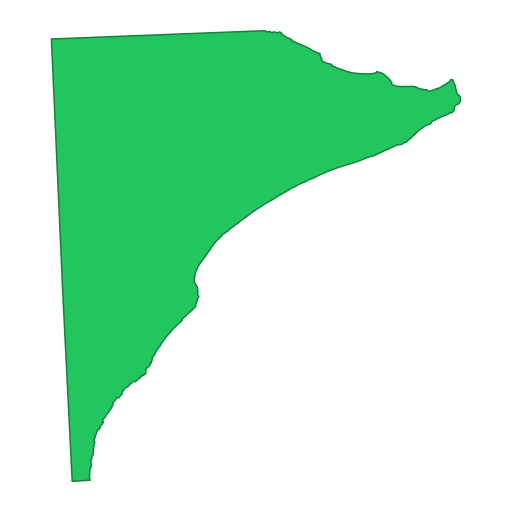 outline of Rawson, Chubut, Argentina
{"feature_id": "61730980B86456825396626", "entity_name": "Rawson", "entity_type": "district", "adm_level": 2, "iso_a3": "ARG", "parent_name": "Argentina", "parent_adm1": "Chubut", "projection": "orthographic", "projection_center": [-64.868, -43.298], "detail": "fine", "context": "isolated", "style": "filled", "palette": "green", "viewbox_px": 512, "rotation_deg": 0, "n_neighbors": 0, "source": "geoboundaries", "source_scale": "gbopen_adm2", "svg_char_len": 5827}
<svg xmlns="http://www.w3.org/2000/svg" viewBox="0 0 512 512"><path d="M72.2,481.3L90.1,480.2L89.9,479.7L89.9,478.8L89.7,478.3L89.4,477.7L89.6,476.7L89.5,475.4L89.8,473.7L89.8,473.1L89.6,472.3L89.8,471.4L90.1,470.6L89.9,469.2L90.2,468.2L91.1,467.1L91.4,466.0L91.4,464.1L90.9,463.0L90.8,461.5L91.1,460.4L91.4,460.0L91.6,459.1L91.8,457.9L91.9,456.8L92.2,455.9L92.7,455.5L93.3,453.0L93.3,451.1L93.8,445.9L94.7,443.0L94.8,441.9L94.4,441.6L94.0,441.1L94.0,440.6L94.2,439.5L94.4,438.9L95.0,437.9L95.1,436.5L95.2,436.0L96.1,434.6L96.3,433.5L97.0,431.2L98.2,429.7L99.3,429.2L99.7,428.6L99.5,428.1L99.6,427.6L100.0,427.1L100.3,427.1L100.4,426.9L100.4,426.3L100.8,425.4L101.1,425.0L101.9,424.6L103.3,422.4L103.3,422.2L103.0,421.8L102.8,420.9L102.8,420.3L103.1,419.4L103.7,418.4L104.3,418.1L104.7,417.8L105.0,417.2L105.7,416.4L105.8,415.5L106.0,415.1L106.6,414.6L107.2,413.7L108.1,412.9L111.1,408.4L112.1,406.6L112.6,405.6L112.5,405.0L113.1,404.3L112.9,403.2L113.0,402.8L113.5,401.9L114.1,401.6L114.6,401.0L114.7,400.7L115.5,400.0L115.9,399.1L116.3,398.5L116.7,398.2L117.6,397.8L118.6,397.8L119.1,397.5L122.3,393.6L122.1,392.8L122.1,392.4L122.9,391.3L123.2,390.5L124.6,388.8L125.8,387.7L128.0,386.5L129.2,385.1L132.7,382.0L133.6,381.5L134.3,381.4L135.2,381.7L136.9,380.5L138.7,378.6L139.5,378.1L139.9,378.2L140.0,377.8L140.3,377.5L140.3,377.2L140.7,376.9L140.7,376.7L141.0,376.4L141.2,376.5L141.4,376.4L141.3,375.9L141.9,375.4L143.2,375.4L144.0,375.0L144.1,374.7L145.8,373.6L145.8,372.2L145.6,370.9L146.3,369.1L146.5,368.3L147.2,367.6L147.8,367.1L148.1,367.1L148.4,366.9L149.5,365.8L150.5,363.8L151.1,363.1L151.4,361.3L152.2,360.2L152.2,358.5L152.4,357.8L152.8,357.1L152.7,356.8L153.3,356.0L154.1,355.3L154.4,355.0L155.1,353.3L155.7,352.4L155.8,351.8L156.7,350.6L158.2,348.2L159.8,346.6L160.7,344.6L162.9,341.2L164.4,339.4L165.2,338.0L171.1,331.4L173.6,328.3L178.1,324.1L179.9,322.5L180.3,322.3L181.8,320.8L182.1,320.4L182.3,319.5L182.6,318.8L183.3,318.0L185.0,316.8L187.3,314.3L191.0,310.9L192.4,309.9L193.7,308.2L195.6,306.6L195.7,306.1L195.8,304.4L196.3,302.9L196.9,300.9L198.5,297.4L198.8,296.3L198.7,296.1L198.5,295.8L198.0,295.6L197.8,295.3L197.6,294.8L197.6,293.4L197.9,292.4L198.1,292.0L198.1,291.7L197.5,289.5L197.5,288.3L197.3,287.2L196.4,285.9L195.6,284.1L194.5,282.5L194.3,280.8L194.4,280.1L194.2,278.6L194.4,278.2L194.7,278.0L194.7,277.9L194.2,277.6L194.1,277.2L194.7,276.5L195.1,274.5L196.5,270.0L197.8,267.1L199.4,264.3L204.5,257.6L208.4,251.8L210.6,248.8L211.3,247.6L213.5,244.5L216.6,240.8L221.9,235.6L222.4,234.6L223.5,233.9L225.0,233.1L226.2,232.1L227.3,231.4L229.6,229.3L234.8,225.3L238.3,222.8L239.6,221.6L246.0,217.0L253.4,211.4L256.2,209.6L256.7,209.1L257.8,208.6L257.9,208.4L260.0,207.2L260.6,206.7L261.7,206.2L261.9,205.9L263.5,204.8L267.4,202.4L273.3,199.2L276.1,197.3L282.0,193.8L291.5,188.3L294.1,187.1L300.1,183.8L305.5,181.7L308.2,180.1L310.2,179.3L310.9,179.2L312.6,178.3L314.3,177.6L318.8,175.3L326.8,171.7L328.7,171.0L329.3,170.9L330.5,170.3L331.9,169.9L332.2,169.7L333.8,169.2L335.6,168.4L340.3,166.8L340.7,166.8L343.5,165.8L345.9,165.2L347.1,164.6L348.8,164.3L355.1,162.2L356.2,161.9L359.4,160.7L360.5,160.4L363.9,158.8L368.8,157.1L369.9,156.6L370.6,156.5L371.3,156.2L373.2,156.0L385.7,150.1L387.1,149.6L388.8,148.7L389.5,148.5L393.7,146.5L398.1,144.8L400.4,144.5L401.4,144.5L402.0,144.3L403.6,142.8L404.6,142.5L406.5,142.2L407.1,141.3L408.5,140.1L409.2,139.2L410.4,138.6L411.2,138.0L412.9,135.9L415.0,134.2L416.1,133.0L419.5,129.9L421.4,128.7L422.9,127.4L425.7,125.6L427.9,124.6L429.5,124.3L430.8,123.6L431.4,122.2L431.8,121.7L432.5,121.2L434.5,120.3L434.9,120.0L435.5,119.8L438.3,118.2L443.3,116.0L446.1,115.0L447.8,114.2L449.4,113.2L451.5,112.8L452.1,112.5L453.0,111.7L454.3,110.1L454.4,109.4L454.2,108.6L454.3,107.7L454.7,106.6L455.2,105.9L455.8,105.3L456.9,104.4L458.6,104.1L459.3,103.1L459.7,102.8L459.9,102.0L460.4,101.1L460.6,100.9L460.6,100.7L460.3,99.4L460.4,97.9L460.3,96.9L459.2,95.6L457.9,94.6L457.2,93.6L456.4,91.6L455.6,87.9L455.5,86.5L454.7,84.4L453.7,82.7L453.4,81.4L452.9,80.0L452.7,79.8L452.2,79.7L450.9,79.7L450.6,79.9L450.1,80.9L449.2,81.5L448.8,82.0L447.6,82.9L446.1,84.0L443.6,85.3L439.1,88.1L436.6,88.6L434.5,89.6L432.0,90.5L428.9,91.2L428.4,91.1L427.4,90.4L426.8,89.8L426.4,89.6L425.6,89.5L424.3,89.9L422.5,89.7L422.4,89.6L422.5,89.4L423.0,89.3L422.9,89.2L419.4,88.9L419.0,88.5L416.4,87.3L415.9,86.8L414.7,86.7L414.0,86.5L413.1,86.5L412.7,86.3L410.1,86.5L406.6,86.4L402.9,86.6L398.6,86.4L396.1,86.1L394.3,85.5L392.8,84.7L391.7,83.9L391.4,83.0L391.7,82.4L391.1,81.8L390.4,80.6L389.0,79.0L388.8,78.5L386.7,76.9L386.2,76.2L384.7,75.2L384.2,74.5L383.6,74.0L382.7,73.7L382.0,73.1L380.3,72.5L378.8,72.4L378.1,72.0L377.5,71.9L376.7,71.6L376.4,72.3L376.1,72.5L375.9,72.8L375.1,72.9L373.9,73.4L371.2,73.7L367.7,73.9L359.6,73.6L354.2,73.2L351.6,72.7L348.6,72.0L348.1,71.8L347.8,71.5L346.9,71.5L346.1,71.3L345.2,70.9L344.8,70.5L343.6,70.2L343.2,69.9L339.4,69.0L339.0,68.7L336.7,67.8L335.7,67.2L334.1,66.7L332.5,65.9L331.5,64.7L331.6,64.4L327.3,63.3L323.6,61.9L322.2,60.9L321.8,60.4L321.8,59.6L321.5,59.1L321.5,58.2L321.2,57.9L321.0,57.2L320.6,56.7L320.5,56.0L320.3,55.6L319.8,54.9L319.7,54.6L320.0,54.4L319.9,54.1L320.0,53.6L318.2,53.0L317.2,52.7L317.0,52.8L315.4,51.8L312.1,50.4L309.9,48.7L308.4,48.1L308.2,47.9L306.3,47.0L305.9,46.5L305.6,46.6L305.1,46.4L303.7,46.0L300.6,44.5L298.4,43.7L293.2,41.2L292.1,40.4L291.7,39.8L290.6,39.3L290.1,38.7L289.3,38.3L288.5,38.2L286.7,37.4L283.6,35.3L282.4,34.6L281.5,33.8L281.5,33.5L281.6,33.1L281.2,32.9L281.0,32.6L280.5,32.6L280.0,32.3L280.0,32.1L278.9,32.0L278.4,32.4L277.5,32.8L276.8,32.7L276.6,32.8L275.9,32.6L275.5,32.2L274.6,32.1L274.1,31.8L273.1,32.3L272.4,32.3L272.0,32.7L271.2,32.4L269.6,31.4L269.3,31.4L268.1,32.0L266.3,31.5L264.7,30.7L264.3,30.7L51.4,39.0L63.0,297.4L72.2,481.3Z" fill="#22c55e" stroke="#15803d" stroke-width="1.5"/></svg>